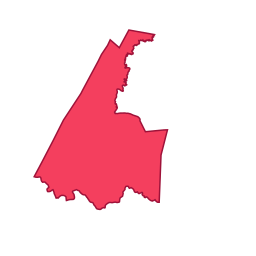 the district of Itezhi-Tezhi, Southern, Zambia, rotated 297°
{"feature_id": "96606910B99117639697542", "entity_name": "Itezhi-Tezhi", "entity_type": "district", "adm_level": 2, "iso_a3": "ZMB", "parent_name": "Zambia", "parent_adm1": "Southern", "projection": "mercator", "projection_center": [26.535, -15.924], "detail": "fine", "context": "isolated", "style": "filled", "palette": "rose", "viewbox_px": 256, "rotation_deg": 297, "n_neighbors": 0, "source": "geoboundaries", "source_scale": "gbopen_adm2", "svg_char_len": 5709}
<svg xmlns="http://www.w3.org/2000/svg" viewBox="0 0 256 256"><g transform="rotate(297 128 128)"><path d="M223.1,108.7L215.7,84.3L195.6,83.8L198.5,72.1L192.4,72.3L181.5,71.0L173.9,71.1L141.3,70.4L137.4,70.4L105.7,66.9L82.4,67.0L59.0,66.8L42.0,66.5L42.3,68.1L43.0,69.7L44.1,71.2L44.3,71.6L44.4,72.2L44.2,72.6L43.6,73.3L42.3,74.2L41.6,74.9L41.3,75.4L40.9,76.5L41.8,77.8L42.1,78.8L41.9,79.5L41.6,80.0L41.3,81.0L41.1,82.4L39.5,84.2L39.1,84.4L38.4,84.0L37.8,83.9L37.6,83.8L37.3,83.7L37.0,83.6L36.7,83.6L35.7,84.3L34.9,85.2L35.4,86.5L35.8,86.9L36.4,87.6L38.8,88.9L39.0,89.1L38.7,89.7L37.9,90.3L36.7,91.7L36.3,91.8L35.6,92.6L34.7,93.8L32.9,95.8L33.0,96.0L33.7,96.5L33.8,96.8L33.7,97.3L33.9,97.6L35.5,98.0L36.9,98.6L37.8,99.4L38.3,100.3L38.8,101.6L38.8,103.0L38.5,104.0L35.4,106.0L35.5,106.2L36.6,107.2L37.8,108.6L39.5,111.6L39.8,111.9L40.5,112.1L41.2,112.1L41.7,111.9L42.3,111.6L44.3,110.0L45.6,107.8L45.9,107.5L46.3,107.4L46.7,107.5L47.0,107.7L49.7,110.1L49.7,110.3L49.6,111.5L49.9,113.0L49.7,113.4L49.4,113.8L49.1,114.3L48.6,115.4L48.7,115.8L48.3,116.8L48.2,117.7L48.3,118.6L48.7,119.5L48.8,120.4L48.2,121.7L47.6,122.7L47.6,123.2L47.0,124.0L46.0,125.9L45.6,126.4L45.0,127.9L45.0,128.5L45.5,130.4L45.3,131.0L44.0,132.6L43.4,134.2L41.9,136.6L42.0,137.8L42.7,140.0L43.2,140.6L44.9,141.3L46.1,142.6L46.2,143.5L46.4,143.7L46.8,143.7L48.5,143.0L49.0,143.0L49.8,143.2L51.2,143.8L52.8,144.8L53.1,145.1L53.8,146.4L54.2,147.7L55.8,149.7L56.2,150.3L56.6,152.0L57.1,152.8L58.0,153.8L58.4,153.9L60.7,153.0L61.6,152.8L62.4,152.8L64.7,154.1L66.8,153.6L67.7,153.3L68.1,152.8L68.6,152.6L69.1,152.6L71.8,153.2L72.0,153.1L73.0,152.6L74.5,152.6L74.9,152.6L75.3,153.0L76.0,154.2L76.1,154.8L75.2,155.9L75.0,156.4L75.1,156.9L76.0,157.5L76.3,157.9L76.1,160.0L75.5,161.2L74.5,162.3L74.1,162.9L74.0,163.7L74.2,164.2L74.8,165.0L75.3,165.2L75.3,165.5L74.9,166.2L74.7,166.5L74.5,167.4L74.6,167.7L75.8,168.6L76.0,169.0L76.7,169.6L76.9,169.6L77.0,170.0L76.6,170.5L75.8,170.9L75.0,170.9L74.8,171.6L74.5,172.1L74.6,172.8L74.7,173.4L74.3,173.7L73.9,173.8L73.7,174.1L73.9,174.6L73.8,174.9L74.3,175.3L74.6,175.3L74.8,175.5L75.0,175.8L75.0,176.1L75.0,176.8L74.2,178.6L73.7,180.9L73.9,182.6L74.1,183.0L74.5,183.0L75.0,183.8L75.2,184.0L75.7,184.3L76.4,184.6L76.2,185.1L75.5,186.2L75.3,187.0L75.3,188.0L76.0,189.5L118.9,169.7L144.3,164.0L142.5,160.8L132.6,145.2L134.4,142.7L139.9,135.3L140.8,135.0L141.7,134.2L142.0,133.5L142.5,131.8L142.4,130.4L142.3,130.1L141.8,126.7L141.7,123.8L141.1,121.2L140.4,120.0L140.2,119.2L139.8,118.1L139.0,116.7L137.8,114.4L137.1,113.3L136.1,112.1L135.5,110.7L135.1,110.1L135.3,109.7L135.6,109.6L136.1,108.8L138.5,109.2L139.3,109.2L140.2,109.4L140.8,109.3L141.6,109.0L141.5,108.7L141.2,108.4L141.3,108.1L141.6,107.9L142.4,108.1L142.6,108.0L144.1,106.7L144.1,106.4L143.7,106.1L143.8,105.6L144.7,105.1L145.8,104.9L145.9,104.7L146.0,104.4L146.3,103.9L148.3,103.5L150.0,103.7L150.4,103.7L151.0,103.4L152.4,102.5L154.2,102.4L154.7,102.3L155.6,101.9L156.7,100.9L157.3,100.7L157.6,100.7L157.9,100.9L158.5,102.2L158.5,103.3L158.1,105.1L158.3,106.5L158.5,106.8L158.8,106.9L159.0,106.9L159.7,106.2L161.2,105.6L162.4,104.3L162.7,104.0L163.2,103.8L163.7,104.0L164.1,104.3L164.3,105.1L164.1,105.8L164.1,106.1L165.1,106.2L165.4,106.6L165.6,107.2L166.0,107.2L166.1,106.9L166.3,106.1L166.7,105.7L166.9,105.6L167.4,105.8L167.7,105.4L167.7,104.6L167.3,103.9L167.3,103.6L167.5,103.5L168.4,104.0L169.3,105.2L169.5,105.3L169.9,105.2L170.1,104.9L170.1,104.7L169.4,103.0L169.5,102.6L169.9,102.4L170.2,102.6L170.3,102.9L170.2,103.6L170.4,104.0L170.9,104.4L171.8,104.5L172.6,104.4L173.2,104.1L174.1,103.4L174.4,103.1L174.9,103.1L175.4,103.4L175.7,103.4L177.3,102.8L178.3,102.8L178.9,103.1L179.8,102.8L180.7,102.9L181.2,102.9L181.5,102.8L182.0,102.4L182.1,101.7L181.7,100.5L181.0,99.4L181.1,98.9L180.4,98.7L180.2,98.5L180.2,98.0L180.3,97.9L180.6,97.9L181.2,98.1L181.5,98.5L181.9,98.8L182.0,98.6L181.9,98.2L181.9,97.8L182.1,97.7L182.3,97.7L182.9,98.4L183.1,98.4L183.6,98.0L183.8,97.6L183.6,97.4L183.0,97.2L182.8,96.8L183.3,96.0L183.8,95.7L184.4,95.4L185.4,95.5L186.4,94.8L186.9,94.9L187.1,94.2L187.6,94.1L188.1,94.6L188.3,94.6L188.6,94.5L188.9,93.9L189.1,93.8L189.7,93.9L190.4,93.7L190.7,93.7L191.2,94.0L191.5,94.5L192.0,94.7L192.2,94.3L192.1,93.4L192.3,93.4L192.6,93.5L192.9,94.2L193.1,94.3L193.7,94.0L194.3,93.5L194.5,93.6L194.7,93.9L194.3,94.7L194.3,95.2L194.4,95.4L195.0,95.7L195.1,96.0L195.1,96.3L194.9,96.7L195.2,96.9L195.4,97.4L195.2,98.0L196.1,98.4L196.4,98.8L197.2,98.5L197.3,98.1L197.8,97.4L197.8,96.8L198.0,96.6L198.4,96.5L199.1,96.7L199.6,96.6L200.0,97.1L200.7,96.8L201.7,97.0L203.0,95.6L203.3,95.6L203.7,95.7L204.2,96.4L205.0,96.3L205.4,96.5L205.5,96.7L205.3,97.3L205.4,98.1L205.5,98.2L206.0,98.0L206.3,98.0L206.6,98.6L206.8,98.8L207.3,98.9L207.8,99.3L208.3,99.2L208.4,99.3L208.4,99.8L208.5,99.8L209.0,99.6L209.2,99.3L209.7,99.1L209.9,98.9L210.3,98.8L210.5,98.1L210.8,97.9L211.3,99.1L211.5,99.3L212.2,99.5L212.1,100.3L212.3,101.0L212.6,101.2L213.2,101.3L212.9,101.8L212.4,102.2L212.4,102.4L212.9,102.9L212.5,103.5L212.5,103.8L212.9,104.4L213.0,104.5L213.3,104.5L213.7,104.1L214.0,104.1L214.1,104.5L214.6,104.7L214.6,105.0L215.1,105.2L215.2,105.5L215.4,105.8L215.1,106.3L215.1,106.5L215.3,106.5L215.7,106.3L215.8,106.3L215.8,106.6L215.4,106.9L215.4,107.1L216.3,107.2L216.2,107.5L215.8,107.6L215.7,107.7L216.1,108.5L216.7,108.8L216.7,109.0L216.3,109.5L217.3,110.1L217.4,109.6L217.9,109.8L218.0,109.7L218.1,109.4L218.6,109.1L218.9,109.0L219.5,109.0L219.7,108.8L219.6,108.5L219.9,108.3L220.1,108.5L220.1,108.8L220.4,109.1L220.5,109.2L220.8,108.8L221.1,108.8L221.3,108.5L221.6,108.6L221.8,109.1L222.1,109.4L222.2,109.2L222.3,108.3L222.4,108.2L222.5,108.2L222.8,108.5L223.1,108.7Z" fill="#f43f5e" stroke="#9f1239" stroke-width="1.5"/></g></svg>